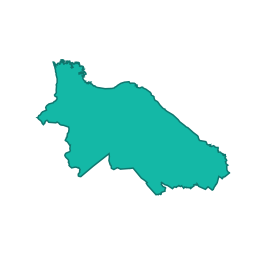 the district of Hå nor, Rogaland, Norway, rotated 158°
{"feature_id": "86288312B80331552977224", "entity_name": "Hå nor", "entity_type": "district", "adm_level": 2, "iso_a3": "NOR", "parent_name": "Norway", "parent_adm1": "Rogaland", "projection": "orthographic", "projection_center": [5.745, 58.591], "detail": "fine", "context": "isolated", "style": "filled", "palette": "teal", "viewbox_px": 256, "rotation_deg": 158, "n_neighbors": 0, "source": "geoboundaries", "source_scale": "gbopen_adm2", "svg_char_len": 5842}
<svg xmlns="http://www.w3.org/2000/svg" viewBox="0 0 256 256"><g transform="rotate(158 128 128)"><path d="M79.2,42.1L75.8,43.5L73.2,38.9L72.0,39.1L70.2,40.9L68.2,42.1L67.9,42.8L67.1,42.8L65.8,43.9L61.9,49.1L60.4,47.2L59.7,45.7L59.0,46.0L58.1,46.9L56.7,46.5L50.2,48.5L50.8,48.6L50.5,49.1L51.0,48.8L51.5,49.4L51.9,50.8L52.0,52.2L50.8,55.5L50.3,56.1L49.4,56.2L50.4,57.9L50.5,58.9L50.2,59.1L50.3,60.2L48.7,60.8L48.6,62.2L49.3,63.0L49.3,63.6L49.1,64.2L48.3,64.7L48.5,64.9L48.3,65.2L48.3,65.8L47.9,66.4L47.8,66.9L48.4,67.5L48.3,67.3L48.7,66.7L49.8,66.8L50.0,67.5L49.3,67.6L49.7,68.0L49.6,68.5L50.9,69.6L51.2,70.7L51.5,71.1L53.2,71.7L52.8,72.8L53.3,73.2L53.3,73.4L52.8,73.8L52.8,74.2L52.0,75.4L51.8,76.2L54.0,77.2L54.5,77.9L54.5,78.5L55.4,79.6L57.6,79.5L58.2,80.2L58.0,80.7L58.6,80.3L58.8,80.5L58.3,81.0L57.8,80.8L57.8,81.4L58.3,81.9L59.7,82.1L60.9,83.3L60.7,84.4L60.9,86.2L66.0,89.4L66.4,90.0L66.5,91.8L66.2,94.0L66.5,94.9L69.2,99.4L72.4,105.9L73.8,107.3L74.5,108.9L77.7,114.4L78.4,117.0L81.4,123.3L85.8,129.1L86.8,131.0L86.6,131.4L87.2,130.8L86.7,131.6L87.9,132.7L88.4,133.6L89.8,137.3L90.6,140.8L91.2,142.0L92.5,143.4L92.7,144.6L92.6,146.1L92.2,147.2L92.7,148.2L93.9,149.6L94.0,150.2L93.7,151.1L93.9,152.5L96.8,157.2L98.9,159.3L99.1,160.3L100.3,160.8L101.6,160.6L102.5,160.9L104.4,162.3L104.6,162.8L104.3,162.8L104.5,163.8L103.9,164.2L104.4,164.4L103.9,164.5L103.7,164.0L103.6,164.4L104.3,164.8L104.7,165.6L104.6,166.0L105.5,167.2L108.0,168.3L109.0,168.4L109.4,169.1L109.7,170.5L114.1,171.8L117.9,172.1L121.9,171.4L123.3,170.8L124.7,170.8L125.7,170.3L128.1,170.7L134.5,173.0L141.1,177.0L142.3,178.0L143.0,179.5L143.9,179.6L144.0,180.2L144.5,180.5L145.0,182.2L145.8,182.8L145.6,183.4L146.0,183.3L146.0,183.7L146.4,183.4L146.0,183.9L146.6,183.6L146.1,184.0L147.0,183.8L146.6,184.1L146.6,184.4L146.1,184.6L146.6,184.7L147.5,183.7L147.3,184.2L148.0,184.1L147.7,184.2L147.6,184.6L148.0,184.3L148.3,184.6L147.7,184.8L147.7,185.2L148.3,185.0L148.5,184.5L148.8,185.0L149.1,184.6L148.9,184.5L149.2,184.5L149.3,184.8L148.9,185.2L149.8,185.7L150.0,186.4L150.4,186.5L150.0,187.2L150.3,187.2L150.8,188.1L151.2,189.5L151.3,190.9L151.1,191.5L150.7,191.9L149.7,191.9L150.4,192.9L151.0,193.1L151.0,193.5L148.7,193.1L148.5,193.4L149.3,193.6L148.4,193.8L148.9,194.1L149.2,195.2L150.0,195.4L150.0,195.9L150.4,195.5L152.2,196.4L153.1,196.3L152.9,197.3L150.9,196.9L150.7,197.1L151.1,197.4L150.4,197.4L150.4,197.1L150.2,196.6L149.4,196.4L149.7,196.3L149.1,195.7L147.9,195.7L147.8,196.2L147.5,196.2L147.0,194.7L147.2,193.8L146.8,193.7L146.6,194.5L147.3,196.9L148.4,197.9L148.3,198.7L149.2,199.4L147.1,198.8L146.8,198.9L147.8,199.5L147.8,199.8L147.4,199.9L147.4,200.7L146.6,200.5L146.6,201.8L147.0,202.2L148.1,203.0L149.0,202.9L149.5,203.2L149.7,203.6L149.3,204.1L149.2,204.5L149.5,205.1L149.1,204.9L148.9,206.7L149.8,206.8L150.0,206.9L149.8,207.3L150.4,207.3L150.4,207.7L151.6,207.4L151.4,208.4L152.2,208.6L152.2,208.0L153.4,208.0L153.4,207.6L154.2,207.5L154.2,208.3L154.8,208.4L155.2,209.5L155.7,209.6L156.2,209.4L156.4,207.3L156.6,206.3L156.2,204.9L157.1,204.8L156.8,205.2L156.9,205.4L157.6,205.7L156.8,206.1L156.7,207.1L156.9,207.2L157.0,208.0L156.6,209.2L157.0,209.2L156.9,208.9L157.8,209.1L157.6,209.5L157.1,209.5L157.4,210.1L157.0,210.1L157.0,211.5L157.8,211.2L157.7,212.1L159.1,212.3L159.1,212.7L160.5,213.1L160.5,212.1L159.2,212.1L159.2,211.6L159.8,211.6L160.0,210.6L160.6,210.7L160.4,211.9L160.8,211.9L160.8,211.3L162.6,211.6L163.0,211.4L163.0,211.8L163.6,211.6L163.4,213.2L164.2,214.8L163.0,214.4L163.1,214.0L162.7,214.0L162.7,213.2L162.3,213.3L162.1,214.3L162.2,214.7L162.7,214.8L162.9,215.2L162.8,215.6L164.4,216.2L164.7,213.8L165.8,215.0L166.6,214.1L166.4,213.5L167.1,213.5L167.4,212.1L167.5,213.0L168.4,214.3L169.5,214.0L169.8,213.0L171.0,213.6L171.5,213.2L171.8,213.7L171.9,213.0L172.3,214.0L171.5,214.4L171.7,215.2L171.6,215.3L171.6,215.6L171.8,215.7L172.1,216.9L172.7,217.1L172.8,214.9L173.1,213.4L172.8,212.2L173.2,211.4L173.5,208.9L174.1,207.2L174.1,205.5L174.7,204.4L175.2,200.3L176.7,196.6L178.5,194.8L178.4,194.0L180.4,190.0L181.2,187.6L183.8,186.1L183.7,184.6L182.4,183.5L182.9,181.5L185.1,180.2L186.5,180.2L188.0,179.4L192.4,179.9L195.1,179.1L196.6,177.9L196.9,175.1L201.2,175.0L202.7,174.4L204.3,173.1L206.1,172.9L207.5,171.5L208.2,171.6L207.8,171.0L207.6,169.9L206.2,167.5L205.7,165.8L205.8,164.4L205.2,162.8L203.3,163.7L203.2,164.4L202.5,164.6L202.1,165.2L200.2,165.5L199.7,164.4L199.4,163.1L199.0,162.8L192.9,159.8L191.5,160.1L190.2,158.3L189.9,157.0L189.0,155.9L186.7,154.6L182.7,151.1L183.0,149.2L184.7,146.3L186.4,145.4L186.7,144.5L187.5,143.4L187.5,142.9L187.7,142.5L188.6,142.4L189.1,141.4L190.2,140.8L190.8,139.9L189.3,137.8L188.4,133.3L188.1,133.4L189.7,130.5L189.9,128.8L190.9,127.9L194.8,127.9L196.1,127.2L196.8,126.3L196.8,124.8L196.5,123.8L195.2,120.9L195.6,118.8L196.0,118.7L195.9,118.5L196.1,117.9L195.9,116.6L196.7,115.5L196.4,114.5L195.2,112.1L191.5,111.5L190.2,110.7L189.2,109.6L188.6,109.7L188.0,107.4L189.0,106.3L189.3,105.1L191.4,103.9L192.0,102.2L191.5,101.5L190.0,100.6L174.5,105.7L155.2,111.3L156.0,108.4L157.9,104.9L158.3,100.4L157.9,99.9L157.8,99.3L158.5,96.9L156.7,94.8L153.1,95.2L152.2,94.8L150.4,92.7L141.3,89.8L141.2,89.1L141.0,89.7L138.3,88.9L134.4,76.6L132.0,72.9L130.7,70.3L131.7,70.0L131.3,67.4L127.0,55.6L126.0,55.6L124.9,54.8L124.4,55.1L122.7,54.8L122.7,54.2L122.3,54.1L121.6,55.0L121.6,55.5L120.3,55.8L117.3,55.6L117.0,56.8L115.6,58.3L115.6,58.7L117.6,60.6L118.2,63.3L117.4,63.9L117.5,65.5L115.1,61.7L112.9,60.0L109.5,55.1L107.1,56.1L105.4,54.9L104.9,55.4L103.6,55.1L102.7,55.7L102.1,55.4L101.8,54.5L101.3,54.1L100.0,54.3L100.1,54.0L99.4,52.9L98.9,51.3L97.7,52.0L97.4,51.5L96.1,51.2L96.0,50.7L94.6,50.3L93.5,49.5L92.4,49.4L92.7,48.8L92.6,48.4L89.6,49.4L89.0,49.3L88.4,49.7L88.3,50.6L86.6,50.4L86.5,49.7L85.6,49.3L84.9,50.4L84.3,47.4L79.2,42.1Z" fill="#14b8a6" stroke="#0f766e" stroke-width="1.5"/></g></svg>